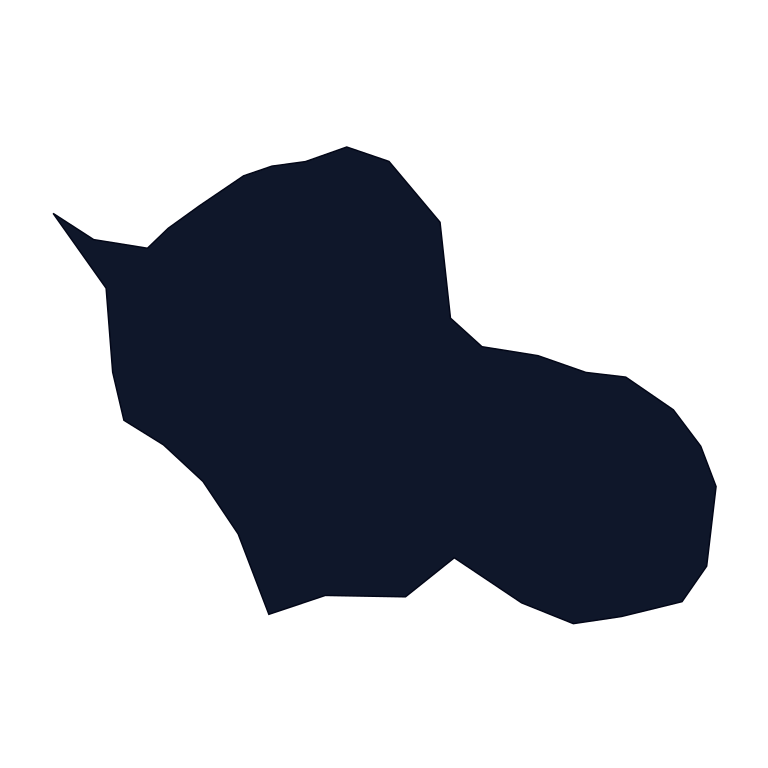 the district of Agios Sozomenos, Nicosia, Cyprus, rotated 271°
{"feature_id": "46923920B46638868756169", "entity_name": "Agios Sozomenos", "entity_type": "district", "adm_level": 2, "iso_a3": "CYP", "parent_name": "Cyprus", "parent_adm1": "Nicosia", "projection": "mercator", "projection_center": [33.446, 35.069], "detail": "fine", "context": "isolated", "style": "filled", "palette": "ink", "viewbox_px": 768, "rotation_deg": 271, "n_neighbors": 0, "source": "geoboundaries", "source_scale": "gbopen_adm2", "svg_char_len": 589}
<svg xmlns="http://www.w3.org/2000/svg" viewBox="0 0 768 768"><g transform="rotate(271 384 384)"><path d="M620.3,342.6L605.0,301.6L599.9,268.2L589.7,240.0L559.0,196.4L536.0,165.6L515.6,145.1L523.3,91.2L548.8,50.2L474.9,104.5L391.1,112.5L343.2,124.6L319.3,164.6L283.4,204.7L231.5,240.8L151.7,272.9L171.6,329.0L171.6,409.2L211.5,457.3L167.6,525.4L147.7,577.5L155.7,625.6L171.6,685.8L207.5,709.8L287.3,717.8L327.3,701.8L363.2,673.8L395.1,625.6L399.1,585.6L415.0,537.5L423.0,481.3L451.0,449.3L546.7,437.2L606.6,385.1L620.3,342.6Z" fill="#0f172a" stroke="#020617" stroke-width="1.5"/></g></svg>